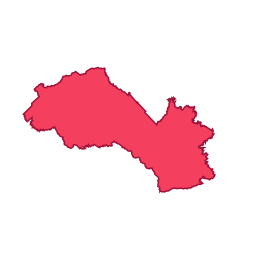 Upper Hunter, New South Wales, Australia, rotated 217°
{"feature_id": "25037944B30189264259012", "entity_name": "Upper Hunter", "entity_type": "district", "adm_level": 2, "iso_a3": "AUS", "parent_name": "Australia", "parent_adm1": "New South Wales", "projection": "natural_earth1", "projection_center": [150.757, -31.981], "detail": "fine", "context": "isolated", "style": "filled", "palette": "rose", "viewbox_px": 256, "rotation_deg": 217, "n_neighbors": 0, "source": "geoboundaries", "source_scale": "gbopen_adm2", "svg_char_len": 5845}
<svg xmlns="http://www.w3.org/2000/svg" viewBox="0 0 256 256"><g transform="rotate(217 128 128)"><path d="M205.7,138.3L205.2,136.0L205.8,134.9L207.6,133.1L209.1,132.8L209.1,132.0L210.9,130.0L210.0,127.0L210.2,125.4L209.5,124.1L210.4,123.1L211.0,120.3L212.4,118.1L212.5,116.8L214.2,116.2L214.8,115.4L214.5,114.8L214.9,114.3L217.3,113.0L217.6,112.6L217.2,111.3L218.9,110.2L219.8,109.9L221.1,110.6L221.6,110.2L222.0,110.5L222.0,111.3L221.4,111.8L222.0,112.1L224.2,111.1L224.3,110.0L225.1,108.8L225.1,106.5L225.6,106.0L226.1,102.5L225.0,101.9L224.9,102.3L224.0,101.9L223.3,102.6L221.8,102.2L219.2,99.9L217.8,99.8L219.7,89.7L218.4,88.3L218.2,87.3L219.8,76.7L219.2,76.4L219.4,76.1L218.7,76.2L218.2,75.4L217.3,75.6L217.4,74.6L215.8,73.9L215.6,73.3L215.0,73.7L214.3,72.7L212.3,72.4L211.0,78.6L209.4,76.4L208.7,76.5L209.1,75.4L208.8,75.1L209.2,74.7L208.6,74.5L208.9,74.0L208.4,73.8L208.6,72.8L208.1,72.2L207.7,73.1L207.1,72.8L207.3,72.3L206.4,72.4L206.3,72.0L205.7,72.6L205.1,71.6L205.2,72.2L203.9,71.9L204.2,71.0L202.5,72.1L202.0,71.5L200.0,71.7L199.6,72.4L198.8,71.3L198.0,71.8L198.3,72.2L198.0,72.5L197.0,72.0L197.2,72.9L196.6,73.1L196.9,74.0L196.2,74.0L196.0,74.6L194.9,74.5L194.7,75.7L193.5,75.3L193.3,76.3L192.5,77.3L192.0,77.2L190.1,79.6L189.3,79.5L189.2,80.3L188.9,80.2L188.4,83.5L187.4,83.3L187.0,85.4L186.8,84.2L182.7,82.5L180.5,81.0L179.5,81.5L178.1,80.7L176.6,80.7L174.2,81.5L173.5,79.7L171.5,79.4L171.2,78.7L169.7,78.2L169.7,77.4L168.8,76.5L166.1,77.1L164.8,76.5L161.3,77.6L160.5,79.9L161.3,81.9L161.0,82.3L158.4,83.4L154.0,82.5L153.8,83.9L152.1,83.6L149.8,85.8L151.7,86.2L151.2,86.4L151.0,88.1L150.1,88.0L150.5,89.3L149.3,90.1L149.1,89.0L148.3,89.1L149.0,90.8L147.8,90.1L146.8,90.4L146.4,92.6L145.3,92.7L145.0,94.6L139.9,94.9L139.2,96.2L138.8,95.8L138.8,96.8L137.1,98.1L137.5,98.2L137.3,99.3L136.4,99.1L136.0,100.0L135.5,99.9L135.3,101.5L132.9,101.1L132.6,102.5L130.8,103.3L130.1,104.5L132.0,105.7L132.0,106.6L131.2,107.5L131.3,109.0L129.4,108.9L129.0,109.5L127.6,109.0L125.6,109.8L121.6,109.8L120.8,108.9L119.1,110.2L118.3,109.4L117.2,110.1L114.3,109.7L112.9,110.4L112.0,111.6L110.0,110.5L109.7,109.7L107.8,108.9L107.6,108.4L105.5,108.0L103.9,108.7L102.3,110.7L100.8,111.1L99.6,110.5L99.4,109.6L97.8,109.2L97.2,108.4L92.6,109.5L91.5,108.0L88.9,107.2L86.4,108.3L85.9,108.9L85.9,109.5L84.5,110.4L83.6,109.5L80.2,108.6L78.8,107.2L74.2,107.0L72.7,105.7L72.3,104.4L72.6,104.0L71.3,103.2L69.0,99.3L67.2,99.6L66.2,98.9L66.1,97.7L65.1,97.6L64.5,96.7L64.5,97.0L63.3,97.1L60.2,99.1L60.0,100.2L57.9,102.0L56.4,105.8L55.1,107.7L51.8,109.5L50.1,111.5L46.9,113.0L46.1,114.4L44.0,115.2L43.8,116.4L41.9,117.8L41.3,118.9L41.5,119.7L40.4,120.7L39.9,122.2L38.6,123.1L38.0,125.4L36.0,126.9L35.0,128.8L37.1,129.1L37.2,128.2L39.0,128.4L38.8,130.0L39.8,130.1L38.7,132.3L38.9,134.6L38.3,134.5L38.4,133.7L37.3,133.5L37.1,134.6L36.2,133.9L33.4,135.6L31.7,135.7L31.4,137.9L30.3,138.2L29.9,141.1L30.5,141.2L30.3,142.9L32.2,142.6L33.1,143.3L32.9,144.3L35.8,144.6L35.7,146.1L36.1,146.1L36.2,145.0L40.9,145.5L41.0,144.5L41.0,146.5L44.1,146.9L44.2,146.2L45.2,146.4L45.0,148.0L44.1,147.8L44.0,148.8L45.4,148.3L46.9,148.5L46.0,151.4L48.7,151.8L48.3,154.7L50.7,155.1L51.0,153.2L51.4,153.3L51.6,152.3L52.7,152.4L52.7,152.0L53.6,152.2L53.5,154.0L54.3,154.3L54.1,155.4L55.1,155.0L55.9,155.7L55.5,156.5L56.4,156.6L55.6,158.0L56.6,157.4L56.6,155.7L57.1,155.7L57.5,156.3L58.4,155.6L59.1,156.2L59.5,155.0L60.2,155.6L60.5,156.2L59.7,156.8L59.4,158.2L59.0,158.2L58.9,159.1L58.2,159.0L57.8,160.0L58.0,160.5L59.2,160.8L58.6,162.4L59.5,163.3L59.0,164.0L57.4,163.0L58.4,164.9L57.2,165.3L57.6,167.1L57.3,168.4L56.2,168.9L56.5,169.8L55.7,169.4L55.0,171.0L56.1,172.5L55.7,173.7L55.8,174.9L56.9,174.2L58.5,177.3L60.0,178.0L59.9,176.3L66.4,176.0L67.1,175.4L68.1,176.0L69.5,174.1L70.0,174.0L70.1,174.9L70.4,174.8L70.6,173.2L72.0,174.0L72.2,175.0L73.0,174.9L73.2,177.1L74.1,174.8L75.0,175.0L75.3,175.7L76.3,175.5L76.0,174.3L75.1,173.9L75.3,173.0L76.1,173.6L76.7,172.5L77.8,172.4L78.4,171.6L79.3,172.2L80.4,170.9L80.1,171.8L81.1,172.7L80.0,173.8L80.9,174.2L81.7,173.2L82.1,173.6L80.9,175.6L81.4,177.8L80.8,178.2L81.8,180.0L81.7,180.7L82.7,181.3L83.6,180.4L83.9,181.1L83.2,181.6L83.9,182.1L84.8,181.7L85.9,180.3L86.2,181.9L87.3,182.2L86.8,183.0L86.9,184.1L87.8,185.0L88.4,183.8L89.7,183.1L89.9,181.8L91.0,181.6L91.4,182.1L91.9,181.4L93.2,181.9L93.2,181.4L94.7,181.1L94.4,180.5L95.2,179.2L95.3,175.8L95.7,174.9L96.9,174.9L97.6,175.5L97.4,176.4L98.3,176.8L99.7,175.9L99.4,174.2L100.3,173.4L101.3,173.9L101.9,173.4L103.7,173.4L104.6,174.9L105.7,175.5L106.2,177.4L106.6,176.1L108.3,176.4L107.8,179.6L108.6,179.7L109.3,179.8L109.0,179.5L109.2,178.9L110.3,178.8L109.3,178.3L109.9,178.1L109.8,177.4L111.0,177.6L110.9,176.7L111.3,176.8L111.4,176.3L112.7,176.5L113.3,174.5L112.2,174.7L111.8,174.0L110.3,174.7L110.0,172.3L108.6,170.6L108.7,169.9L108.0,169.5L108.4,169.2L108.1,167.3L107.4,167.0L107.5,166.2L106.8,165.5L107.0,164.3L106.2,164.0L105.5,162.5L105.5,161.9L106.3,160.8L106.2,158.8L106.5,157.9L106.0,155.2L106.6,153.9L106.0,153.2L106.6,152.9L106.5,152.1L108.0,151.2L106.9,147.8L124.0,150.5L124.3,151.4L124.0,151.9L135.6,153.9L135.5,153.3L136.0,153.3L135.8,154.3L138.3,154.0L146.3,155.8L147.8,157.2L148.3,156.8L147.0,155.7L148.2,155.8L147.5,154.0L152.2,154.7L154.9,153.8L156.1,154.4L157.6,154.3L157.9,153.5L158.7,153.2L161.5,153.6L161.7,153.1L163.1,154.2L164.8,152.7L166.2,154.1L166.4,153.2L167.6,153.4L168.6,152.6L170.1,153.3L170.0,153.9L172.4,154.3L172.5,155.1L173.5,155.7L173.8,156.5L176.7,156.8L176.6,157.3L177.4,157.5L177.5,156.9L178.2,157.1L178.1,157.6L178.8,157.8L178.7,158.6L180.3,158.7L182.0,161.4L182.8,161.6L184.1,159.8L185.6,159.5L186.0,158.7L187.1,158.2L188.2,158.4L190.8,154.9L192.4,154.3L193.4,153.0L195.1,148.9L195.3,147.4L194.4,146.1L196.1,144.4L196.7,143.1L197.7,142.8L197.9,141.5L203.8,141.6L204.3,139.8L205.7,138.3Z" fill="#f43f5e" stroke="#9f1239" stroke-width="1.5"/></g></svg>